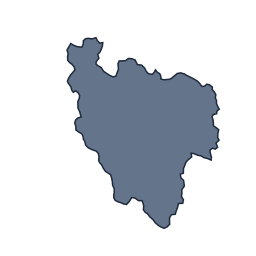 Passa Vinte, Minas Gerais, Brazil, rotated 296°
{"feature_id": "56859067B565102456379", "entity_name": "Passa Vinte", "entity_type": "district", "adm_level": 2, "iso_a3": "BRA", "parent_name": "Brazil", "parent_adm1": "Minas Gerais", "projection": "mercator", "projection_center": [-44.257, -22.169], "detail": "fine", "context": "isolated", "style": "filled", "palette": "slate", "viewbox_px": 256, "rotation_deg": 296, "n_neighbors": 0, "source": "geoboundaries", "source_scale": "gbopen_adm2", "svg_char_len": 2500}
<svg xmlns="http://www.w3.org/2000/svg" viewBox="0 0 256 256"><g transform="rotate(296 128 128)"><path d="M53.7,204.5L56.2,206.4L59.7,207.7L62.0,206.4L65.5,204.7L69.1,205.0L71.2,208.3L74.5,207.7L78.0,207.4L82.3,206.5L84.3,210.2L87.8,209.3L89.8,206.1L93.0,205.1L96.1,203.4L100.5,204.1L105.3,200.9L106.4,197.4L109.4,195.2L111.6,197.6L116.0,195.6L118.4,195.5L122.5,195.1L125.2,195.8L130.0,197.9L133.0,195.8L133.8,198.2L134.1,202.7L135.0,206.0L134.6,209.1L135.4,212.5L135.6,216.8L138.4,215.8L140.9,213.5L144.0,211.3L146.9,212.9L147.3,215.8L150.0,217.0L153.0,213.7L157.0,215.2L158.9,212.7L162.6,211.1L166.2,210.3L167.0,206.9L167.4,203.9L169.6,202.7L172.2,201.2L175.1,198.5L177.7,198.9L179.6,201.4L182.4,200.5L184.9,201.8L186.7,199.2L188.8,196.8L191.5,195.5L193.2,193.4L196.5,192.3L198.5,189.3L199.4,186.9L201.8,185.9L202.5,182.3L201.9,179.6L199.0,178.4L197.7,176.0L199.4,173.1L200.6,169.6L200.9,166.4L201.0,163.6L201.0,160.5L201.0,157.7L201.3,155.0L200.6,151.0L198.5,148.3L195.3,146.9L192.2,145.5L190.0,144.0L188.6,141.6L187.1,139.3L186.5,136.1L188.9,134.8L190.7,132.8L190.9,130.1L192.3,127.2L189.6,127.2L186.9,126.3L185.7,122.7L187.0,119.4L189.1,116.8L190.5,112.7L189.1,108.6L192.3,104.5L191.9,101.0L190.7,97.9L187.4,96.3L185.9,93.5L184.4,90.7L181.5,90.8L179.3,92.0L176.9,93.6L173.4,93.9L169.2,94.4L167.4,92.0L167.3,88.3L167.7,85.0L168.3,81.1L170.7,77.3L170.7,73.9L171.4,71.3L173.8,70.3L177.9,71.3L180.9,68.5L183.8,69.5L186.3,69.5L190.3,69.1L193.7,67.9L191.9,65.4L193.0,62.3L195.1,59.6L192.2,56.4L191.4,53.5L189.8,50.8L187.0,49.6L183.8,51.0L180.4,51.1L178.8,46.6L178.5,43.1L178.8,39.5L175.2,39.3L171.3,39.0L168.6,41.6L165.3,42.6L162.4,44.2L161.2,46.9L160.7,49.7L159.2,53.0L156.8,54.8L153.9,54.1L150.4,53.1L146.6,52.8L143.5,53.0L141.8,55.1L140.1,58.5L137.3,60.9L136.1,63.2L138.3,64.5L138.0,67.4L136.1,70.2L133.4,71.2L129.8,71.3L127.4,72.6L124.1,74.2L121.6,77.3L119.2,79.4L117.4,81.1L115.0,78.5L112.3,77.4L109.0,78.0L106.5,80.5L103.4,82.0L102.7,85.9L102.6,88.9L100.9,91.1L98.4,92.8L97.0,95.1L94.2,97.3L92.8,100.8L92.7,104.6L93.3,109.6L92.1,112.5L89.4,114.6L86.0,115.8L84.3,117.9L83.3,120.5L81.0,123.4L79.1,126.8L78.8,129.6L78.4,132.8L75.8,135.3L73.1,137.3L69.8,139.3L67.4,142.2L64.1,143.9L61.7,144.5L59.1,145.8L57.4,148.0L57.2,150.9L57.8,154.6L57.8,157.1L58.6,160.2L62.8,161.4L67.1,161.8L68.1,165.0L67.3,169.2L68.9,172.5L67.1,174.3L64.9,176.3L61.2,177.7L59.7,180.7L59.4,183.3L57.7,186.6L56.6,190.7L54.8,194.0L53.7,198.2L53.5,201.8L53.7,204.5Z" fill="#64748b" stroke="#1e293b" stroke-width="1.5"/></g></svg>